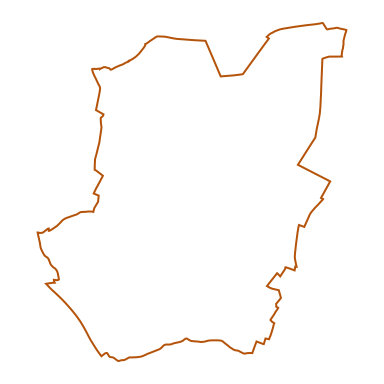 the district of Duiven, Gelderland, Netherlands
{"feature_id": "6326949B87096671163860", "entity_name": "Duiven", "entity_type": "district", "adm_level": 2, "iso_a3": "NLD", "parent_name": "Netherlands", "parent_adm1": "Gelderland", "projection": "mercator", "projection_center": [6.013, 51.947], "detail": "fine", "context": "isolated", "style": "outline", "palette": "amber", "viewbox_px": 384, "rotation_deg": 0, "n_neighbors": 0, "source": "geoboundaries", "source_scale": "gbopen_adm2", "svg_char_len": 5693}
<svg xmlns="http://www.w3.org/2000/svg" viewBox="0 0 384 384"><path d="M101.4,356.2L105.2,353.3L106.2,353.0L106.5,353.0L106.9,353.0L107.2,353.2L107.6,353.7L108.9,355.9L109.4,356.5L109.7,356.8L110.2,357.0L112.0,357.3L112.6,357.4L113.1,357.5L113.9,357.9L116.9,360.2L117.9,360.8L118.4,361.0L119.2,360.9L120.4,360.5L121.5,360.2L122.1,360.2L123.6,360.1L124.6,359.9L125.8,359.3L128.7,357.7L129.7,357.4L132.6,357.4L137.0,357.2L138.7,357.0L140.4,356.7L141.1,356.6L143.6,355.7L148.1,353.6L149.8,353.0L159.5,349.2L160.4,348.6L161.4,347.8L162.1,347.1L163.6,345.5L164.3,345.1L164.8,344.9L165.6,344.6L166.8,344.5L168.9,344.5L169.9,344.5L170.5,344.4L171.5,344.2L173.2,343.5L174.6,343.1L178.3,342.3L179.3,342.1L181.3,341.5L181.8,341.2L182.9,340.7L183.8,340.0L184.3,339.5L185.1,339.0L185.8,338.6L186.4,338.5L186.6,338.5L186.9,338.6L189.2,340.0L190.5,340.7L191.4,341.0L192.0,341.1L198.3,341.6L200.9,342.0L202.4,341.9L203.3,341.8L204.7,341.6L207.9,340.7L210.7,340.4L212.9,340.3L217.1,340.3L220.0,340.5L221.2,340.7L221.9,340.9L222.3,341.1L225.5,343.7L228.1,345.7L229.9,347.3L230.6,347.7L232.7,349.1L234.2,349.9L234.8,350.1L235.5,350.3L237.2,350.5L238.6,350.9L239.7,351.5L242.8,353.1L244.1,353.6L244.5,353.6L244.9,353.6L246.2,353.3L247.7,353.1L251.4,353.0L252.3,353.1L253.1,350.9L253.5,349.8L253.7,349.4L253.7,349.1L253.9,348.6L256.5,341.5L259.7,342.7L263.2,344.0L263.7,344.1L263.8,344.1L265.5,338.5L268.8,339.2L269.0,339.3L269.1,339.2L269.9,336.8L270.3,336.1L270.5,335.6L271.6,332.3L272.7,328.6L274.1,323.3L274.2,323.2L272.6,322.1L271.9,321.6L270.5,320.1L270.5,319.8L271.1,318.9L273.6,315.2L274.2,314.3L275.0,312.9L275.3,312.2L275.9,311.4L276.3,310.9L278.2,308.0L278.2,307.8L277.9,307.7L276.2,306.6L276.3,305.7L276.1,304.0L276.1,303.9L279.6,299.7L280.9,298.0L280.9,297.8L280.7,297.0L279.3,292.1L278.9,290.6L278.8,290.2L273.0,288.9L271.6,288.5L270.9,288.2L268.6,287.1L268.6,286.9L268.1,286.6L267.0,286.0L277.1,273.2L279.4,275.5L279.9,276.0L280.2,276.4L283.6,271.3L285.2,268.8L285.4,267.3L285.7,267.3L286.2,267.4L290.4,268.8L294.6,270.4L295.3,266.6L296.6,266.8L295.6,262.3L294.9,258.3L294.8,256.4L294.9,254.9L295.1,252.6L296.0,244.3L297.6,232.2L298.3,227.9L299.0,225.0L304.3,226.9L304.9,225.5L307.5,219.7L307.7,219.3L309.2,215.9L309.3,215.5L309.9,214.4L310.5,213.3L312.0,211.3L313.9,209.1L315.1,207.7L318.5,204.2L323.0,199.3L323.1,199.1L321.0,198.0L330.2,181.4L297.9,164.8L300.8,160.3L306.1,151.9L309.3,146.9L315.3,137.6L316.7,129.3L317.2,126.8L319.0,118.4L319.2,118.5L319.0,118.3L319.0,118.1L319.8,113.6L320.4,106.7L320.8,98.1L321.0,95.1L321.3,85.8L321.6,78.0L322.4,58.9L322.7,58.7L325.3,57.7L329.2,56.6L338.2,56.6L342.0,56.5L341.7,55.2L341.7,54.9L342.4,49.9L343.0,48.3L343.1,46.5L343.5,44.7L343.5,43.5L343.5,41.4L343.6,40.4L344.4,37.1L345.3,33.7L346.1,31.4L346.4,30.1L345.7,29.8L345.3,29.7L339.7,28.5L339.0,28.3L337.8,27.8L337.7,27.8L336.8,27.8L336.0,27.9L334.2,28.3L330.0,28.8L328.7,29.1L327.7,29.4L327.1,29.3L326.3,28.5L323.2,23.5L322.8,23.1L322.2,23.0L321.8,23.1L319.8,23.5L316.4,24.1L305.7,25.3L294.8,26.8L284.9,28.4L281.6,29.0L280.3,29.3L277.4,30.3L273.8,31.8L273.4,32.2L270.9,33.4L269.9,34.0L269.2,34.6L266.7,36.9L268.9,38.5L263.4,45.9L242.9,74.1L242.2,74.3L233.6,75.4L220.7,76.4L212.7,57.6L205.5,40.8L194.4,40.2L177.0,38.9L176.1,38.8L173.6,38.4L165.7,36.8L163.9,36.6L157.9,36.4L157.4,36.5L156.7,36.6L155.5,37.3L153.5,38.7L153.2,38.9L149.9,41.1L146.3,43.7L145.7,44.0L145.3,44.0L145.1,45.4L144.7,46.3L143.4,48.2L139.6,53.0L138.4,54.3L136.5,56.1L135.3,57.1L133.3,58.5L132.2,59.2L130.2,60.3L129.9,60.5L129.3,61.0L129.2,60.6L128.7,60.8L128.8,61.1L128.7,61.5L125.5,62.8L123.0,64.3L119.5,65.6L118.2,66.2L117.1,66.6L115.6,67.3L112.0,69.3L110.7,69.7L110.4,69.6L109.7,68.7L109.3,68.3L107.7,67.9L105.7,67.3L104.9,67.1L103.8,67.2L103.3,67.3L102.8,67.6L102.2,67.9L101.9,68.1L101.0,68.4L100.3,68.8L99.9,69.1L99.8,68.6L99.3,68.6L98.1,68.7L97.1,68.9L96.6,69.0L95.5,69.0L94.3,68.8L93.2,68.9L92.4,68.9L92.2,69.0L92.2,69.8L92.9,72.5L94.6,76.3L95.9,78.8L96.3,79.7L98.0,83.4L99.4,85.9L99.9,87.2L100.1,88.0L100.1,88.5L99.6,92.2L99.1,94.9L97.7,101.8L96.0,110.1L103.5,114.4L103.4,114.9L103.2,115.4L102.8,116.0L102.3,116.7L101.0,117.6L100.8,117.9L100.7,118.3L100.7,118.7L100.8,120.7L100.9,122.7L101.2,125.1L101.5,127.6L99.6,140.7L99.3,142.7L99.1,143.5L98.3,146.6L96.4,154.3L95.1,159.0L95.0,160.0L94.7,166.9L94.8,167.3L94.7,167.6L94.7,169.4L94.7,169.8L95.4,170.1L96.9,171.1L100.0,173.5L102.1,175.1L102.9,175.8L99.1,183.0L96.1,188.5L95.0,190.7L93.7,193.5L98.7,195.6L98.2,200.6L98.2,201.1L98.0,201.7L97.8,202.3L97.4,202.9L94.4,207.9L94.3,208.1L93.3,211.9L92.0,211.6L89.7,211.5L88.4,211.5L85.8,211.8L81.1,212.0L80.2,212.3L76.8,214.4L73.5,215.5L66.4,218.0L65.4,218.4L65.0,218.7L64.2,219.1L62.4,220.4L61.7,221.2L59.5,223.5L57.2,225.7L56.7,226.1L54.7,227.5L51.3,229.8L49.6,230.7L48.8,230.8L48.8,230.2L48.8,228.5L48.7,228.5L48.0,228.7L47.5,229.0L44.8,231.1L42.9,232.6L41.1,232.9L39.9,233.0L39.0,232.8L38.5,232.5L37.6,232.5L37.8,233.4L38.6,237.2L39.0,238.8L39.1,239.6L39.8,242.3L40.0,243.7L40.6,247.5L40.7,247.9L41.8,250.5L42.6,252.1L43.7,254.2L44.1,254.7L44.4,255.2L45.2,256.1L45.7,256.5L47.1,257.4L47.5,257.8L47.8,258.0L48.1,258.4L48.4,258.9L48.9,259.8L48.9,260.0L49.3,261.0L49.8,262.1L50.0,262.8L50.3,263.6L50.9,264.7L51.1,265.0L52.0,266.0L53.1,267.2L55.2,268.6L55.9,269.4L56.4,270.1L56.7,270.7L57.2,271.5L57.7,273.0L57.9,273.6L58.0,274.7L58.3,275.9L58.9,279.1L58.9,279.3L58.5,279.8L58.4,279.9L57.7,280.0L56.4,280.2L53.9,279.8L54.0,280.8L54.1,281.6L54.7,282.7L52.3,282.8L51.8,283.0L49.6,283.2L46.1,283.8L50.8,288.8L59.1,296.5L62.1,299.5L65.2,302.7L67.9,305.7L71.5,309.8L76.2,315.6L80.2,321.3L83.3,326.4L85.7,330.7L88.2,335.5L90.7,340.2L93.7,345.0L96.6,349.6L99.9,354.2L101.4,356.2Z" fill="none" stroke="#b45309" stroke-width="2"/></svg>